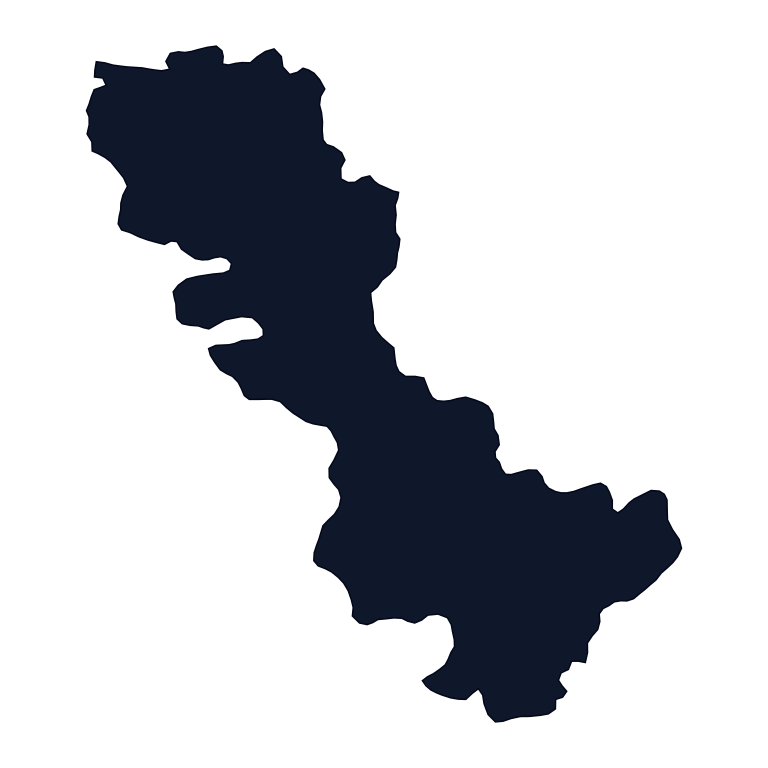 the district of Santo Hipólito, Minas Gerais, Brazil
{"feature_id": "56859067B25350866893679", "entity_name": "Santo Hipólito", "entity_type": "district", "adm_level": 2, "iso_a3": "BRA", "parent_name": "Brazil", "parent_adm1": "Minas Gerais", "projection": "orthographic", "projection_center": [-44.176, -18.392], "detail": "fine", "context": "isolated", "style": "filled", "palette": "ink", "viewbox_px": 768, "rotation_deg": 0, "n_neighbors": 0, "source": "geoboundaries", "source_scale": "gbopen_adm2", "svg_char_len": 4151}
<svg xmlns="http://www.w3.org/2000/svg" viewBox="0 0 768 768"><path d="M96.3,61.7L94.9,70.1L94.5,77.0L102.8,78.0L106.2,85.3L100.5,87.5L94.2,89.7L91.5,96.4L89.1,104.2L86.5,110.6L89.1,116.9L89.2,124.8L87.1,134.0L91.9,141.9L92.2,151.0L98.2,153.6L105.0,157.4L110.8,161.8L115.9,168.1L119.5,172.5L123.7,177.9L127.5,186.3L123.0,195.1L120.9,203.1L120.7,209.8L119.2,216.3L118.2,223.9L121.6,229.9L129.9,232.5L139.0,236.8L147.9,240.0L157.3,242.6L164.5,244.4L171.0,241.0L177.0,241.6L181.5,249.2L188.8,254.3L195.3,258.6L202.2,259.9L208.3,259.6L214.6,257.6L220.6,256.7L226.9,258.6L231.5,263.6L229.8,270.4L223.3,273.1L212.7,274.1L206.1,275.1L197.2,276.5L186.7,279.1L178.3,285.2L173.2,291.8L174.3,297.7L175.9,303.9L176.2,311.6L177.1,318.9L182.2,323.7L190.0,325.3L198.4,325.9L203.5,327.7L208.9,328.9L217.0,324.3L225.0,319.8L233.2,318.2L241.5,316.6L252.3,317.6L258.3,322.8L263.1,329.0L263.4,335.6L258.0,339.1L250.5,340.1L242.1,340.6L234.6,343.6L228.9,344.8L222.0,345.1L215.8,345.4L208.6,348.6L210.4,355.3L214.9,362.5L220.3,369.8L226.6,373.6L232.5,376.4L238.2,382.3L241.3,388.4L244.3,395.6L249.3,399.4L257.4,399.4L265.5,399.2L271.9,399.2L280.3,401.6L286.8,407.9L293.4,413.3L300.0,417.5L306.0,421.4L313.2,423.8L321.5,425.3L327.0,426.2L331.2,430.9L333.9,436.3L337.4,442.6L338.7,450.2L333.9,460.3L329.1,468.3L329.3,477.7L334.1,484.3L338.7,489.5L341.1,497.6L339.2,506.8L334.5,514.3L328.5,520.0L323.0,525.7L320.7,533.3L318.9,539.3L316.5,545.6L314.2,552.8L313.8,560.7L318.2,565.9L325.2,568.6L331.4,571.8L338.1,577.2L343.7,583.1L348.2,590.7L351.3,599.6L353.2,607.5L352.4,616.0L359.5,623.0L367.1,624.6L372.7,622.6L377.9,619.5L385.7,618.8L393.7,617.9L401.8,618.2L407.5,621.1L414.7,623.0L421.6,620.1L427.9,615.1L438.1,614.1L447.4,617.7L451.3,624.6L452.4,630.9L454.3,639.7L454.5,646.7L451.0,652.4L448.2,659.3L445.2,664.9L439.6,669.4L433.3,673.8L427.6,676.7L422.4,680.7L426.0,685.8L430.8,689.9L436.3,692.7L441.9,695.0L450.6,697.8L458.1,699.1L465.8,699.4L472.2,693.4L478.4,688.7L482.7,695.0L484.1,703.8L488.1,714.5L495.4,721.9L503.0,721.2L511.3,718.4L520.3,716.5L529.3,716.4L540.3,715.3L548.3,713.9L555.4,708.9L555.6,699.4L562.6,697.2L566.7,691.3L562.1,685.9L558.4,680.2L561.1,672.9L568.4,669.4L571.6,661.2L578.5,661.2L585.3,662.5L587.5,652.7L587.4,643.0L592.3,635.7L597.7,629.5L599.8,621.5L599.2,613.9L603.1,608.5L608.8,605.7L614.1,601.9L620.7,600.7L627.0,600.9L633.6,598.7L639.4,593.8L644.7,589.6L650.1,584.8L656.0,579.9L661.2,573.1L667.5,567.6L672.9,562.5L677.4,556.8L681.5,548.3L679.2,539.5L672.5,529.7L667.5,519.9L667.2,510.0L667.0,499.9L664.3,494.3L659.4,491.1L651.1,490.5L641.5,495.3L634.3,498.9L629.3,502.7L623.4,509.1L617.8,512.9L612.3,509.1L612.3,500.3L609.4,492.3L606.4,486.6L600.5,483.2L593.3,484.8L587.6,486.7L581.3,488.8L574.1,491.4L567.0,492.9L561.2,492.9L555.5,491.6L548.6,488.2L544.1,482.9L542.0,476.5L536.7,470.2L528.2,470.0L522.8,471.4L516.9,473.0L511.2,474.6L505.5,474.3L501.6,469.0L499.3,462.3L495.5,457.9L495.0,451.6L499.2,444.8L498.0,435.5L494.1,428.8L493.6,422.6L492.6,413.7L488.1,406.3L482.5,402.9L475.0,400.0L465.7,397.2L457.6,398.6L449.8,400.7L443.5,401.3L437.0,400.7L432.4,397.6L429.1,391.8L426.8,385.9L423.8,378.0L415.0,376.4L405.4,376.4L398.9,371.6L396.1,365.6L395.0,359.1L393.8,347.9L387.8,342.9L381.7,337.5L376.1,330.6L373.3,323.4L373.1,311.9L371.3,300.6L370.6,292.6L377.3,287.0L382.1,280.1L389.9,273.7L395.5,267.1L396.8,259.5L397.4,252.9L398.9,246.8L399.8,239.0L395.6,232.5L395.1,224.2L396.1,215.0L395.1,205.3L397.7,198.2L398.6,192.3L393.0,191.0L386.3,187.9L378.8,184.7L374.3,181.3L369.8,175.9L361.8,177.8L355.1,182.3L348.0,182.5L341.0,178.9L340.7,168.0L344.9,160.0L341.6,152.7L333.3,146.8L326.6,144.6L323.1,139.9L322.2,130.5L322.5,121.8L321.5,112.6L319.5,104.9L320.6,96.3L324.8,89.0L319.5,79.5L314.0,73.2L308.6,70.0L303.0,68.2L297.5,72.3L289.7,74.5L282.8,66.9L281.3,56.5L274.1,48.9L265.4,51.5L257.1,56.9L250.4,62.8L241.8,62.6L235.4,63.4L228.5,65.0L222.5,64.0L223.2,56.3L221.9,50.8L216.3,46.1L207.5,47.3L198.5,49.5L191.4,51.5L184.8,52.5L178.4,51.8L170.3,53.4L165.9,61.4L169.8,69.2L161.6,70.8L155.6,70.1L148.9,69.1L142.2,67.9L136.1,67.5L126.9,66.9L120.2,66.1L112.9,65.1L105.0,62.9L96.3,61.7Z" fill="#0f172a" stroke="#020617" stroke-width="1.5"/></svg>